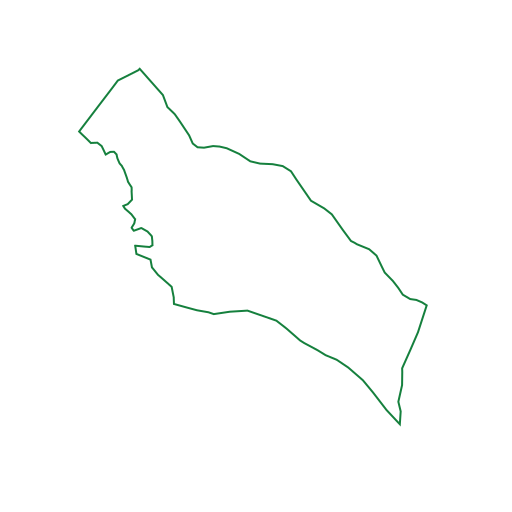 Kogi, Kogi, Nigeria, rotated 308°
{"feature_id": "59680162B62255786160615", "entity_name": "Kogi", "entity_type": "district", "adm_level": 2, "iso_a3": "NGA", "parent_name": "Nigeria", "parent_adm1": "Kogi", "projection": "natural_earth1", "projection_center": [6.814, 8.13], "detail": "fine", "context": "isolated", "style": "outline", "palette": "green", "viewbox_px": 512, "rotation_deg": 308, "n_neighbors": 0, "source": "geoboundaries", "source_scale": "gbopen_adm2", "svg_char_len": 2916}
<svg xmlns="http://www.w3.org/2000/svg" viewBox="0 0 512 512"><g transform="rotate(308 256 256)"><path d="M322.2,420.9L321.7,415.5L320.1,409.4L317.0,404.0L315.9,395.5L318.5,387.6L320.6,379.2L322.2,367.6L324.9,362.0L330.5,350.7L331.0,341.0L327.4,328.3L327.1,325.5L326.3,321.6L330.0,308.3L335.5,290.1L335.5,280.4L333.4,265.3L341.2,240.5L344.3,231.4L343.3,221.7L338.6,212.6L331.3,202.3L327.1,193.2L326.1,179.9L322.9,166.6L319.8,159.9L316.2,154.5L309.4,148.4L308.9,147.7L305.7,143.0L305.7,136.9L309.9,129.0L315.1,113.3L317.7,104.8L317.9,103.4L318.8,94.5L325.5,83.6L331.9,49.1L330.0,48.9L313.0,40.9L309.2,39.1L298.1,39.3L278.9,39.5L248.9,39.9L248.4,39.9L245.2,40.0L244.8,43.3L244.1,50.3L243.4,56.1L243.4,56.4L243.6,56.5L245.3,58.5L247.4,61.0L247.6,61.2L247.6,61.5L247.6,66.4L247.6,66.7L247.5,66.9L246.1,69.8L243.5,74.9L243.4,75.1L243.6,75.2L246.2,76.2L246.9,76.5L247.7,76.8L247.8,76.9L248.1,77.0L248.3,77.1L250.6,79.8L250.7,80.0L250.2,83.4L250.2,83.6L250.0,83.8L248.7,85.3L247.8,86.5L247.6,86.7L247.5,86.9L246.5,88.7L245.1,91.3L245.0,91.5L244.9,91.8L244.9,92.0L244.8,92.7L244.7,93.0L244.5,94.3L244.5,94.5L244.4,94.8L244.0,95.6L243.7,96.3L243.0,98.0L242.6,99.0L242.4,99.4L242.2,99.6L239.5,103.9L237.9,106.4L237.7,106.6L237.5,106.9L237.0,107.7L236.4,108.5L235.8,109.3L235.7,109.5L235.5,109.9L235.5,110.1L235.1,111.1L234.7,112.2L234.0,114.3L233.9,114.7L233.7,115.2L233.6,115.4L233.6,115.5L233.3,115.9L231.7,117.2L230.8,117.9L230.7,117.9L230.4,118.1L230.2,118.3L226.4,121.6L224.3,123.4L224.1,123.6L223.9,123.6L218.1,123.0L217.9,123.0L217.7,122.9L216.2,122.0L213.9,120.7L213.7,120.6L213.6,120.8L212.7,123.4L212.7,123.6L212.6,123.8L212.4,128.5L212.2,131.0L212.2,131.8L212.1,132.1L212.1,132.3L210.6,137.9L210.6,138.1L210.4,138.2L209.5,138.7L209.1,138.8L208.2,139.3L207.9,139.5L207.3,139.7L207.2,139.8L206.9,139.9L206.7,140.0L204.9,140.2L203.1,140.4L202.7,140.4L202.2,140.5L201.9,140.5L201.7,140.6L201.6,140.8L200.7,143.9L200.7,144.2L200.9,144.3L204.7,146.7L207.3,148.3L207.5,148.7L208.5,155.4L208.5,155.7L208.4,156.0L207.9,159.2L207.7,160.5L207.5,161.2L207.5,161.4L207.5,161.5L207.4,161.7L207.3,161.9L204.5,164.6L204.3,164.8L204.1,165.0L201.8,166.9L201.4,167.2L201.1,167.5L200.9,167.6L200.7,167.8L200.5,167.7L197.7,166.7L197.4,166.4L197.3,166.2L196.9,165.6L196.6,165.1L195.0,162.7L189.9,154.7L189.7,154.5L184.1,160.4L184.0,160.5L188.2,175.1L186.6,176.9L182.9,181.1L182.9,181.4L180.9,190.0L180.8,190.5L180.6,195.2L179.8,208.1L179.8,208.4L179.7,208.6L172.7,216.7L172.5,216.9L172.3,217.0L167.9,220.7L167.7,220.9L172.8,233.2L176.9,242.9L179.4,247.6L182.4,253.2L184.2,258.5L196.0,269.7L207.7,282.9L211.5,294.0L217.6,311.9L217.6,315.6L217.6,324.7L216.6,342.8L217.1,347.7L219.7,362.8L220.7,371.9L223.9,383.4L224.9,397.3L223.9,416.7L220.5,432.2L215.0,453.6L212.8,467.6L212.0,472.9L222.6,465.7L228.8,457.9L244.2,450.6L254.6,442.7L257.5,440.3L276.8,435.5L295.6,430.6L322.2,420.9Z" fill="none" stroke="#15803d" stroke-width="2"/></g></svg>